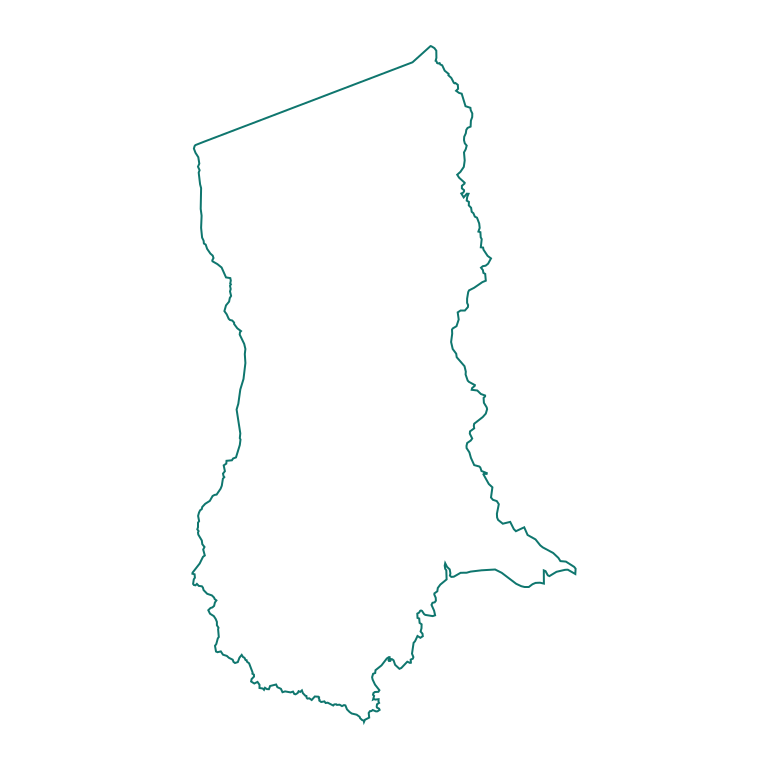 Datem del Marañon, Loreto, Peru (Robinson projection)
{"feature_id": "86281439B19525046252167", "entity_name": "Datem del Marañon", "entity_type": "district", "adm_level": 2, "iso_a3": "PER", "parent_name": "Peru", "parent_adm1": "Loreto", "projection": "robinson", "projection_center": [-76.806, -4.129], "detail": "fine", "context": "isolated", "style": "outline", "palette": "teal", "viewbox_px": 768, "rotation_deg": 0, "n_neighbors": 0, "source": "geoboundaries", "source_scale": "gbopen_adm2", "svg_char_len": 6102}
<svg xmlns="http://www.w3.org/2000/svg" viewBox="0 0 768 768"><path d="M469.0,290.4L474.1,287.8L482.4,282.1L485.8,280.7L485.2,273.9L483.4,272.9L482.9,270.1L481.0,267.7L482.8,266.2L485.6,265.7L488.1,263.7L491.0,258.4L487.6,255.9L483.5,249.7L483.1,247.6L480.8,247.3L481.7,239.1L480.7,237.3L480.4,232.2L478.4,231.6L479.7,227.9L479.2,223.5L477.0,217.7L474.8,216.6L473.4,213.2L471.7,211.8L471.1,207.8L468.8,205.4L468.9,201.9L466.7,200.6L467.2,197.0L468.5,193.8L466.8,193.7L463.7,197.4L461.3,193.5L463.3,192.6L464.1,191.1L464.0,190.1L461.9,188.4L461.9,185.8L464.5,183.6L464.7,182.8L459.1,177.7L457.2,174.7L460.4,171.9L463.8,166.9L464.7,160.5L464.0,152.4L465.7,149.3L466.7,145.6L464.8,143.3L464.0,140.2L464.2,136.8L465.8,133.3L466.3,129.9L467.6,127.9L470.6,126.6L470.9,120.6L472.2,117.1L472.3,113.5L470.7,110.1L470.4,107.8L465.5,106.2L461.7,93.7L459.0,92.9L456.1,90.8L458.1,88.8L457.8,84.8L455.4,83.0L454.6,83.3L453.8,82.8L451.3,77.9L448.4,75.3L448.7,74.0L444.7,70.7L442.2,65.3L440.3,64.5L439.6,63.1L438.2,63.5L437.0,62.9L436.5,61.3L435.6,60.8L436.4,57.9L436.3,50.7L434.4,48.1L431.4,46.3L430.5,46.1L412.5,62.3L204.3,141.6L195.4,145.1L194.6,146.1L193.9,148.6L195.5,152.8L198.3,157.2L199.3,163.6L198.0,166.7L199.6,170.2L198.7,172.6L200.1,184.4L201.1,188.1L200.7,208.9L201.6,215.7L201.1,227.8L202.1,237.6L203.6,240.7L203.9,243.5L205.7,244.6L207.1,248.8L210.4,253.6L212.7,255.6L213.5,258.0L212.3,260.3L212.5,261.3L217.4,264.1L221.6,267.5L226.0,277.4L230.3,278.1L230.8,280.6L230.2,283.6L230.9,284.3L230.0,285.8L230.7,289.0L230.0,291.4L231.1,295.9L229.8,298.0L229.1,301.6L226.0,305.4L224.4,311.1L226.7,314.3L228.7,318.8L230.0,320.0L232.2,320.5L234.1,322.6L234.1,324.0L237.3,328.3L241.0,331.1L240.0,332.2L239.7,334.6L244.2,343.9L245.4,349.0L244.8,354.1L245.4,363.0L243.5,379.0L240.3,389.5L238.3,403.8L236.6,409.5L240.3,433.4L239.8,438.2L240.5,439.5L239.8,445.0L236.0,457.4L233.1,458.5L231.9,460.3L226.5,460.8L226.3,463.6L223.7,465.4L224.9,471.2L223.0,473.6L223.5,476.1L224.3,477.1L222.9,478.7L221.8,485.7L220.6,488.7L216.6,494.6L214.6,494.9L212.6,496.0L209.8,500.9L205.2,503.8L202.3,506.9L201.7,509.2L200.1,510.3L199.0,512.6L198.1,515.9L199.1,521.1L198.0,522.7L198.0,527.3L197.3,529.3L198.6,531.1L198.0,532.4L198.3,534.6L201.8,540.5L202.3,544.2L204.5,547.0L203.2,549.5L204.8,555.5L203.0,556.8L199.7,563.5L192.6,572.6L192.4,573.7L194.6,574.3L194.9,577.7L193.8,579.3L193.1,583.9L193.9,585.0L195.5,585.3L196.9,583.9L198.8,585.9L201.9,586.3L202.9,587.6L203.6,590.1L207.2,593.8L211.9,595.4L214.0,597.5L214.7,599.1L216.4,600.4L214.9,602.5L214.1,605.9L212.4,607.4L210.5,608.0L208.3,610.2L210.0,613.7L213.8,616.1L215.7,619.0L216.9,621.9L216.9,625.2L218.5,627.8L218.1,629.2L218.8,637.0L217.8,638.4L216.3,644.0L215.0,645.8L216.0,651.5L217.5,652.2L220.8,651.4L223.0,654.7L226.8,655.9L228.9,657.8L232.7,659.7L233.5,661.9L235.0,663.0L237.8,662.1L239.5,657.6L241.7,654.9L243.1,657.1L244.4,657.7L245.6,660.1L246.6,660.2L247.0,661.7L249.1,663.3L252.6,672.5L252.4,673.7L253.9,674.6L254.0,676.6L251.6,679.1L251.1,681.5L254.3,683.5L257.5,681.9L259.5,684.8L259.5,688.0L262.8,688.5L264.0,689.8L265.0,687.8L266.9,689.1L268.9,689.2L270.1,686.0L276.1,684.5L277.4,687.2L280.9,688.8L282.5,692.2L285.1,691.4L290.6,692.4L293.0,691.6L294.3,694.0L295.6,694.3L297.7,693.0L298.6,691.2L300.2,691.9L301.9,690.4L302.9,693.2L305.4,695.8L306.4,696.0L306.6,697.7L307.4,698.6L309.3,698.3L311.7,700.0L314.8,696.5L318.4,696.7L319.1,697.3L318.8,698.5L319.5,699.5L319.3,700.6L321.2,702.0L324.4,701.4L325.6,703.0L327.7,702.7L333.2,705.5L334.3,704.4L336.2,704.3L336.9,704.9L339.6,704.7L342.0,706.1L344.0,705.1L345.4,705.4L347.0,709.4L349.6,712.0L351.7,713.5L356.7,714.7L359.6,716.8L360.2,718.3L362.2,720.1L363.7,720.5L364.0,721.9L364.9,719.8L369.2,717.6L368.7,713.0L369.9,711.2L371.5,711.0L372.7,710.0L376.0,711.4L377.5,711.3L379.6,709.9L379.1,708.7L376.9,707.5L376.7,706.6L377.0,704.3L379.1,702.9L378.5,701.7L378.6,699.2L375.2,699.6L374.1,699.0L373.1,699.5L374.1,695.9L373.0,694.8L373.5,693.0L374.9,692.0L378.4,691.8L379.4,690.2L375.0,684.6L372.6,679.5L372.1,677.2L373.1,673.8L375.2,673.0L375.5,670.2L381.5,665.4L386.8,658.5L388.9,657.1L389.6,657.1L389.7,658.4L388.5,660.1L389.0,661.0L390.3,660.9L391.3,659.1L392.3,659.3L393.6,660.4L395.1,664.8L399.4,668.8L401.3,668.0L407.3,661.7L410.0,662.9L410.9,662.7L410.7,659.6L412.8,658.7L413.4,657.1L412.0,653.7L413.6,642.8L415.0,641.3L417.5,636.0L420.4,637.8L422.8,636.2L422.5,633.7L420.6,631.5L421.5,628.2L421.6,624.3L419.6,622.9L419.2,618.5L417.5,617.9L417.3,613.6L419.1,612.6L420.2,610.8L421.0,610.5L422.0,610.9L424.1,614.1L425.3,614.9L432.7,616.1L435.1,615.3L434.1,610.7L431.5,604.9L432.5,602.8L434.7,602.3L435.9,600.7L435.7,597.7L434.3,594.6L434.4,593.4L437.3,591.3L437.8,588.0L440.3,584.6L446.6,579.4L446.3,570.3L445.2,568.8L444.7,565.6L445.2,563.2L447.0,566.8L449.7,569.4L450.4,573.3L449.9,575.6L451.3,576.9L453.8,576.7L460.6,572.8L466.7,572.7L470.6,571.6L481.6,570.3L495.1,569.5L501.7,572.8L516.2,583.8L521.3,586.2L524.6,587.0L528.8,587.0L532.5,584.2L535.6,582.9L540.0,582.7L543.9,583.6L543.8,570.4L545.5,571.1L547.8,575.3L549.4,576.1L556.5,571.8L565.1,569.8L567.8,569.7L575.3,574.0L575.6,568.7L574.2,566.9L565.9,561.6L560.4,561.1L558.4,557.9L553.2,553.0L542.8,547.4L540.3,545.4L535.5,539.4L527.6,535.0L524.2,527.3L515.9,531.2L513.8,529.1L510.2,521.9L502.8,523.7L498.1,519.9L497.1,517.5L496.9,513.8L498.8,504.2L496.8,501.1L492.9,499.8L491.0,497.5L492.4,487.3L488.8,484.0L483.4,474.3L483.8,473.8L486.6,473.9L486.8,473.1L481.5,471.0L480.3,467.5L479.3,466.5L474.2,465.1L470.9,457.8L469.4,452.4L466.6,448.1L466.5,445.9L467.2,443.0L470.8,440.5L472.2,438.5L469.8,433.7L470.0,431.4L474.2,428.3L473.8,425.8L474.2,423.7L482.8,417.0L485.8,413.6L487.1,409.2L486.7,407.4L483.9,402.8L483.6,397.9L485.1,396.4L485.1,395.5L480.9,394.0L477.3,390.5L471.7,389.8L472.1,388.1L474.7,385.9L474.9,385.1L469.0,381.9L467.7,380.6L465.6,374.5L465.8,371.6L464.5,366.2L456.7,357.2L456.2,353.7L452.7,349.0L451.1,342.0L452.2,333.7L452.0,329.6L452.8,328.4L456.5,326.2L458.7,319.5L457.7,312.4L460.6,310.5L464.9,310.5L467.9,307.1L468.1,305.1L467.1,302.9L467.1,298.7L468.2,292.1L469.0,290.4Z" fill="none" stroke="#0f766e" stroke-width="2"/></svg>